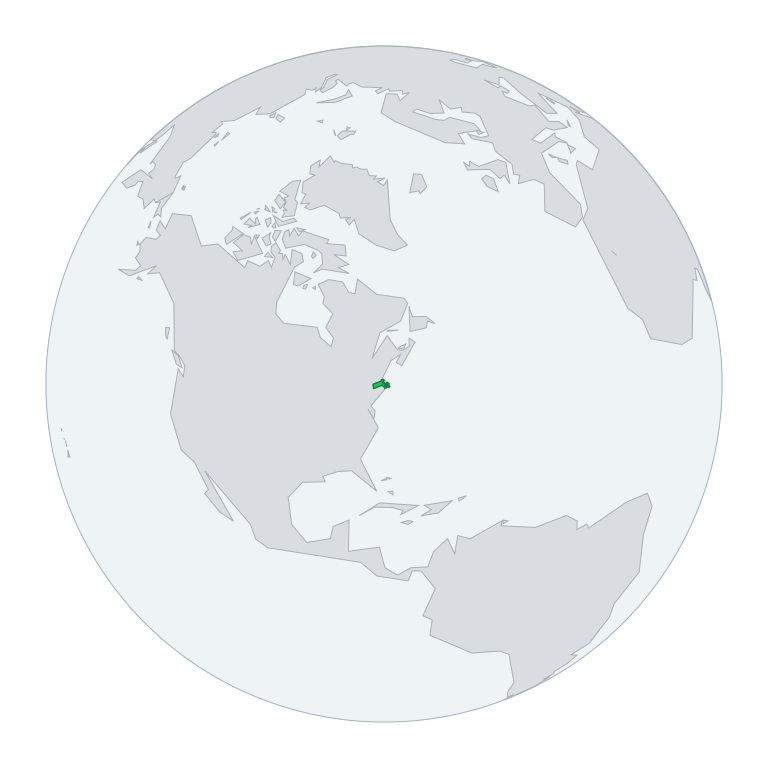 globe centered on Massachusetts, rotated 336°
{"feature_id": "USA-3513", "entity_name": "Massachusetts", "entity_type": "State", "adm_level": 1, "iso_a3": "USA", "parent_name": "United States of America", "parent_adm1": "", "projection": "orthographic", "projection_center": [-70.926, 42.063], "detail": "medium", "context": "on_globe", "style": "filled", "palette": "green", "viewbox_px": 768, "rotation_deg": 336, "n_neighbors": 0, "source": "natural_earth", "source_scale": "10m", "svg_char_len": 11512}
<svg xmlns="http://www.w3.org/2000/svg" viewBox="0 0 768 768"><g transform="rotate(336 384 384)"><circle cx="384" cy="384" r="338" fill="#eef3f6" stroke="#a8b0b8"/><path d="M368.3,721.6L371.1,721.6L364.9,721.3L376.2,720.3L369.4,720.5L371.5,715.8L381.4,709.6L388.2,681.8L381.0,674.9L355.0,665.6L323.8,632.3L332.1,619.1L325.3,611.5L347.6,591.7L341.8,569.9L333.9,566.2L326.0,573.7L299.3,556.4L290.2,537.5L211.3,486.4L203.8,473.7L204.8,457.7L185.0,390.6L190.6,448.1L181.6,433.6L175.7,411.1L180.7,408.9L179.0,378.1L171.9,362.0L176.9,324.4L202.3,286.3L203.6,295.8L209.5,286.3L208.3,274.0L206.0,268.4L224.8,225.0L224.3,191.1L213.0,187.2L224.3,183.4L195.2,181.5L187.8,171.1L203.1,179.0L209.9,177.1L208.3,167.6L215.1,163.6L218.1,157.0L226.3,153.4L234.6,159.2L240.1,157.3L238.6,150.8L245.9,143.7L247.2,153.4L260.0,142.3L276.3,151.8L273.2,183.6L289.1,188.5L304.1,221.1L309.6,215.9L318.7,226.1L328.5,224.3L328.5,231.6L336.2,224.0L334.4,217.7L337.2,212.4L342.7,211.0L343.7,219.8L341.1,221.8L344.3,223.7L342.4,228.9L346.4,225.5L347.0,236.9L354.7,223.8L362.0,231.4L360.1,239.5L349.6,240.9L319.0,265.9L313.8,275.9L317.1,287.9L346.0,305.0L344.8,315.7L350.9,328.5L356.6,321.2L353.8,308.7L365.8,299.0L360.9,285.6L365.0,280.0L364.4,266.2L376.1,266.2L387.8,274.0L389.0,285.8L394.2,289.8L402.5,277.4L413.7,299.1L436.9,313.6L438.5,319.9L424.8,333.3L401.1,335.5L383.3,356.0L406.6,341.0L410.3,358.4L415.8,360.9L422.4,359.4L425.6,352.3L429.3,358.3L407.7,374.5L404.0,369.3L410.9,363.9L399.7,365.5L385.2,377.9L388.2,386.5L363.1,398.6L364.9,405.1L360.5,411.9L359.2,400.4L361.0,421.7L331.9,443.1L333.8,479.2L319.2,450.1L306.2,445.2L290.5,443.4L290.4,449.3L269.7,440.7L250.4,448.6L242.5,474.7L249.0,497.3L272.1,503.5L279.5,493.5L296.7,494.2L283.5,522.4L313.5,531.2L310.1,552.2L318.7,564.1L333.9,562.8L349.6,568.9L361.0,557.4L379.2,551.0L379.5,568.0L389.7,552.4L399.8,560.4L436.2,557.0L433.4,561.2L464.0,576.6L497.1,578.3L504.8,587.7L500.8,595.5L512.3,594.5L512.4,598.8L557.6,590.5L580.2,590.9L579.2,604.6L559.7,627.2L540.6,659.6L505.1,678.2L495.2,688.5L466.1,704.3L444.7,707.4L450.0,710.2L437.4,713.9L423.3,715.7L420.3,717.7L409.8,718.6L416.3,719.0L399.0,721.3L402.9,721.4L368.3,721.6ZM65.7,322.2L68.2,315.8L67.3,323.0L65.7,322.2ZM69.4,309.9L68.6,312.5L69.2,309.9L69.4,309.9ZM69.6,306.7L69.5,309.1L69.4,307.0L69.6,306.7ZM69.6,303.1L69.7,304.8L69.6,303.1ZM331.7,490.8L366.0,509.0L346.2,510.2L350.0,507.4L341.4,500.2L325.2,492.6L307.9,494.2L331.7,490.8ZM70.5,295.9L70.9,293.9L71.3,294.9L70.5,295.9ZM347.7,472.7L341.7,471.0L347.6,471.3L347.7,472.7ZM203.9,266.7L207.5,274.3L206.2,287.2L202.4,281.2L203.9,266.7ZM207.5,243.5L211.1,245.4L204.1,254.7L204.2,250.7L207.5,243.5ZM203.3,185.8L205.0,190.7L201.1,187.4L203.3,185.8ZM217.1,156.8L214.5,156.8L217.2,153.5L217.1,156.8ZM358.0,267.2L361.1,266.8L359.6,269.6L358.0,267.2ZM354.8,261.9L350.8,265.5L348.7,263.6L351.2,261.3L354.8,261.9ZM232.2,145.1L237.4,140.2L233.5,146.1L232.2,145.1ZM360.1,258.0L345.4,259.6L341.8,256.2L348.2,245.2L360.1,258.0ZM241.3,138.0L253.7,126.7L248.9,125.4L269.4,123.3L252.1,133.1L248.1,140.5L246.4,136.9L241.3,138.0ZM331.4,216.4L333.6,223.0L326.6,218.9L331.4,216.4ZM326.2,215.2L300.6,211.7L300.1,201.8L308.8,204.7L304.0,193.5L316.3,190.2L321.7,195.7L319.6,202.6L325.9,196.2L326.2,215.2ZM278.7,124.3L282.9,122.8L280.0,125.6L278.7,124.3ZM337.7,210.0L332.6,210.0L331.8,201.3L341.9,199.8L338.9,203.0L337.7,210.0ZM296.7,192.4L297.9,186.0L308.2,181.5L310.0,178.5L316.5,189.3L296.7,192.4ZM341.9,204.3L347.0,199.4L352.5,202.3L342.7,209.5L341.9,204.3ZM327.3,199.7L327.4,195.6L330.7,197.4L327.3,199.7ZM374.7,210.9L368.6,210.5L367.7,205.8L374.7,210.9ZM348.6,197.4L346.7,196.4L345.6,194.7L350.0,192.3L348.6,197.4ZM323.3,185.7L327.4,185.3L321.2,181.0L328.6,177.8L331.7,185.8L333.5,181.1L335.8,180.1L335.7,187.8L323.3,185.7ZM351.3,184.7L357.7,194.4L369.2,195.9L370.4,199.9L351.6,197.0L351.3,184.7ZM342.1,185.8L348.1,185.9L346.5,190.6L341.5,193.4L342.1,185.8ZM332.6,173.0L320.4,175.7L320.2,174.0L332.6,173.0ZM355.0,184.1L353.3,181.8L356.0,183.6L355.0,184.1ZM339.8,175.2L335.6,176.3L335.4,174.3L339.8,175.2ZM353.7,176.5L355.7,179.5L352.4,181.4L353.7,176.5ZM347.6,175.2L348.4,172.1L350.0,180.3L345.7,176.0L347.6,175.2ZM340.4,173.1L338.9,172.3L342.2,173.0L340.4,173.1ZM365.2,168.1L367.9,177.9L360.5,181.9L358.9,171.7L365.2,168.1ZM634.6,157.3L634.4,157.1L640.3,163.9L641.3,164.9L661.4,191.0L678.8,218.9L671.3,212.4L667.3,207.0L666.9,206.7L666.3,206.1L673.3,216.2L669.2,213.8L682.3,225.9L687.0,234.4L696.7,255.9L704.9,278.1L711.5,300.8L716.5,324.0L719.9,347.4L721.7,371.0L721.8,394.6L720.2,418.2L717.0,441.6L716.4,429.2L717.0,407.0L715.0,404.5L712.1,416.8L708.8,413.9L706.3,420.1L684.1,467.6L672.2,469.1L646.0,451.1L646.4,430.1L637.5,414.1L632.5,315.0L641.5,306.6L648.9,261.7L651.6,258.5L661.6,273.1L675.9,257.5L667.6,239.7L669.8,222.1L664.3,205.7L643.1,180.9L652.1,207.2L642.9,203.0L627.1,174.1L617.7,152.9L613.8,150.6L610.8,157.6L599.4,147.1L608.7,159.9L611.7,158.9L617.6,167.2L615.1,168.8L611.2,164.7L611.4,170.3L630.0,189.3L635.2,190.4L641.4,211.2L650.5,215.2L655.5,224.2L641.9,220.9L636.2,215.7L618.6,220.7L625.2,227.8L642.2,224.0L641.0,227.9L650.0,238.9L642.2,233.6L621.8,237.2L621.3,258.2L636.6,299.9L633.0,312.6L622.8,318.4L601.2,291.7L611.7,266.6L604.1,258.0L588.3,255.6L592.9,248.5L587.7,244.9L590.3,235.7L580.6,217.1L581.2,207.8L564.4,195.8L562.4,189.7L573.0,198.3L580.6,199.8L580.6,178.6L576.8,173.1L565.8,167.3L567.2,162.7L556.6,159.9L550.2,147.0L549.1,160.8L536.3,155.7L525.4,145.9L520.9,147.1L538.7,163.2L546.0,167.6L552.5,167.1L572.2,182.8L575.0,191.3L553.7,185.3L555.3,197.3L538.0,188.4L500.6,148.4L491.6,135.0L504.1,119.8L513.7,124.4L514.0,131.8L525.7,128.1L519.0,126.8L520.1,123.4L508.1,118.6L508.4,116.1L496.5,116.3L495.4,112.7L503.0,112.6L484.3,103.6L478.6,96.1L474.2,95.4L471.2,96.8L466.0,87.1L463.0,87.1L463.6,90.2L458.0,92.4L446.2,92.8L445.1,89.4L449.2,88.7L456.0,82.8L467.2,82.4L465.5,81.1L455.6,80.8L447.2,87.9L440.4,89.2L443.0,85.0L441.5,86.6L437.8,86.3L433.0,82.9L429.5,87.3L389.9,90.8L376.7,85.6L383.5,80.9L354.6,82.4L342.0,78.1L342.5,80.8L329.1,84.4L332.8,85.7L332.1,87.3L299.2,99.2L290.6,100.0L277.1,109.8L277.4,111.4L283.0,111.2L269.4,123.3L248.9,125.4L249.3,121.5L236.3,126.1L239.1,117.1L235.3,112.4L246.0,101.0L242.1,98.9L237.4,101.1L228.6,100.5L226.7,93.2L248.9,89.3L255.8,102.1L254.8,95.6L261.2,94.5L264.6,90.7L263.4,86.8L259.4,87.9L289.0,71.3L298.3,61.7L282.7,66.8L273.4,68.5L270.3,66.0L277.7,63.2L301.1,56.4L325.0,51.3L349.1,47.9L373.5,46.2L397.9,46.4L422.2,48.2L446.3,51.9L470.1,57.2L493.5,64.3L516.3,73.0L538.4,83.4L559.6,95.3L580.0,108.7L599.4,123.6L617.6,139.8L634.6,157.3ZM646.0,355.3L648.9,360.8L646.0,355.3ZM615.6,140.9L604.9,129.3L596.2,124.5L591.4,119.9L590.2,120.3L595.6,124.3L590.8,124.7L581.3,116.8L575.7,114.5L579.0,118.4L597.2,133.1L604.3,132.1L612.5,139.1L615.6,140.9ZM437.3,556.7L441.7,559.5L435.9,560.2L437.3,556.7ZM343.3,517.6L350.6,518.5L354.4,521.5L348.8,522.1L343.3,517.6ZM405.4,518.5L413.8,519.6L405.0,521.6L405.4,518.5ZM371.4,511.2L398.6,518.3L381.3,523.9L364.2,519.5L376.1,518.1L371.4,511.2ZM344.0,483.8L348.5,485.5L347.1,488.9L344.0,483.8ZM352.0,473.0L350.2,473.2L348.0,470.1L352.0,473.0ZM411.5,357.4L413.4,356.3L420.1,356.3L416.9,359.4L411.5,357.4ZM450.0,339.4L455.1,349.5L449.2,344.1L445.8,349.9L429.2,346.6L438.5,323.0L437.2,334.0L450.0,339.4ZM409.6,336.6L419.1,340.7L408.3,337.2L409.6,336.6ZM556.7,236.2L562.0,234.6L567.5,240.8L566.6,254.7L558.6,245.6L556.7,236.2ZM568.2,231.0L547.3,222.4L547.0,214.1L550.7,220.0L552.6,215.4L559.1,223.9L579.2,225.3L585.4,231.1L580.4,252.3L578.7,241.9L573.6,243.8L568.2,231.0ZM494.4,221.7L485.4,219.7L496.5,204.0L503.6,207.8L503.3,221.3L494.5,224.9L494.4,221.7ZM374.3,238.9L370.1,240.5L369.8,237.9L373.2,234.4L374.3,238.9ZM372.0,211.1L392.3,229.7L388.5,232.3L404.9,241.2L401.4,251.6L390.9,245.4L400.5,260.5L389.6,259.1L397.2,268.8L374.1,253.8L364.7,253.8L376.6,249.7L380.1,240.0L378.7,235.8L368.0,224.1L349.4,219.9L350.0,210.3L355.2,204.6L359.8,204.1L358.0,210.4L365.3,205.2L366.2,214.0L372.0,211.1ZM416.8,153.5L412.9,159.3L427.7,153.8L428.7,161.2L430.4,160.1L435.4,165.6L444.3,170.6L443.2,174.1L447.2,174.6L450.6,178.6L455.6,180.6L455.4,187.7L461.6,190.9L457.9,192.6L468.7,196.3L460.6,196.8L464.2,202.5L470.1,199.0L456.5,236.3L457.1,252.7L461.9,266.6L447.4,266.6L433.6,254.2L422.2,236.7L423.8,221.3L416.9,224.6L415.7,218.3L421.6,218.4L411.7,214.7L412.2,209.7L402.1,196.4L387.4,195.0L383.4,190.4L389.4,188.5L381.1,185.4L389.7,178.9L386.9,175.7L392.6,166.4L405.8,165.2L401.7,161.7L405.9,155.0L416.8,153.5ZM367.2,165.5L382.7,161.5L390.8,163.9L377.5,179.2L378.8,183.0L370.5,193.7L358.8,190.3L362.3,187.5L362.9,184.0L366.3,186.4L364.0,181.9L368.7,178.0L368.2,173.6L373.4,173.4L367.2,165.5ZM648.1,249.3L649.0,246.0L648.9,239.8L654.6,246.9L648.1,249.3ZM634.6,252.0L634.5,247.9L642.4,254.2L641.5,258.0L634.6,252.0ZM627.6,240.7L633.8,247.2L629.9,245.9L627.6,240.7ZM572.1,194.6L571.1,190.5L573.7,191.2L577.3,194.9L572.1,194.6ZM461.1,141.5L457.5,143.8L455.6,142.5L444.0,143.3L442.3,138.3L448.7,135.9L461.1,141.5ZM648.5,188.6L654.1,196.8L653.2,197.5L651.5,194.5L648.5,188.6ZM657.5,222.8L658.7,217.2L659.0,224.8L657.5,222.8ZM457.3,136.2L452.8,137.0L454.8,134.1L457.3,136.2ZM440.5,134.8L441.7,131.2L440.8,137.8L440.5,134.8ZM436.6,99.6L454.6,103.6L466.4,104.3L471.4,100.7L472.1,107.9L453.9,106.9L436.6,99.6ZM395.8,92.0L391.6,95.9L388.3,93.8L388.8,92.6L395.8,92.0ZM396.9,94.7L401.4,100.5L395.7,102.5L393.3,97.4L396.9,94.7ZM430.1,116.8L435.5,118.2L433.8,120.4L430.1,116.8ZM254.7,71.8L255.5,71.8L241.2,78.0L237.7,79.5L241.7,77.5L254.7,71.8ZM251.6,73.7L258.6,70.9L275.2,68.9L275.1,70.2L254.9,73.9L260.5,71.6L258.9,71.3L251.6,73.7ZM281.4,121.2L282.7,122.6L279.1,122.7L281.4,121.2ZM334.5,88.0L332.8,90.2L328.7,89.9L334.5,88.0ZM326.0,96.6L331.9,95.2L326.2,98.0L326.0,96.6ZM344.9,92.3L334.5,95.4L343.8,90.5L344.9,92.3Z" fill="#d9dde1" stroke="#a8b0b8" stroke-width="1"/><path d="M382.8,386.3L383.2,385.6L382.9,386.0L382.6,386.1L382.2,385.7L382.2,385.0L382.0,384.9L382.0,384.3L376.0,384.1L375.8,384.2L372.8,383.9L372.7,383.7L373.9,379.8L382.3,380.2L382.8,379.9L383.1,379.6L384.0,379.1L384.5,379.2L384.5,379.5L384.3,379.5L384.5,379.6L384.7,380.1L384.4,379.9L384.5,380.1L384.8,380.4L384.7,380.4L384.7,380.5L385.1,380.6L385.1,380.4L385.3,380.3L385.4,380.6L384.2,381.2L384.1,381.4L384.3,381.3L384.0,381.6L384.1,381.8L383.8,381.8L383.9,382.3L383.5,382.2L383.6,382.4L383.5,382.6L383.8,382.7L383.9,382.9L384.3,382.8L384.1,382.5L384.8,383.0L385.5,384.3L385.3,384.3L385.2,384.0L385.1,384.3L384.9,384.4L385.2,384.6L385.7,384.7L385.7,385.5L386.1,385.8L386.9,385.9L386.6,386.0L386.9,386.0L388.1,385.4L388.0,384.9L387.9,384.7L387.8,385.0L387.6,384.1L387.3,384.0L387.2,384.3L387.0,384.0L387.1,383.9L387.8,384.1L388.4,385.3L388.2,385.3L388.2,385.5L388.4,385.6L388.3,386.3L387.3,386.4L386.9,386.7L386.9,386.4L386.4,386.6L386.2,386.5L386.0,386.9L385.2,387.2L385.2,386.9L385.2,386.2L385.3,385.9L385.2,386.0L384.9,385.9L384.9,386.2L384.3,386.6L384.4,386.8L384.1,386.5L384.0,387.0L383.5,387.3L383.4,387.2L383.5,387.1L383.4,386.9L383.1,387.2L383.1,386.4L382.8,386.3ZM385.5,387.7L385.8,387.8L385.9,388.1L385.0,388.2L384.7,388.5L384.4,388.2L384.6,388.2L385.4,387.5L385.6,387.5L385.5,387.7ZM387.9,387.9L388.0,388.0L388.3,388.6L388.2,388.8L387.5,388.8L386.9,388.4L387.7,388.5L388.0,388.2L387.8,388.4L387.9,388.0L387.9,387.9ZM384.4,387.6L385.1,387.3L384.6,387.6L384.4,387.6ZM385.9,387.9L386.1,387.7L386.1,388.1L385.9,387.9ZM388.2,386.4L388.3,386.5L388.0,387.0L388.2,386.5L388.2,386.4ZM384.0,387.7L384.3,387.7L383.9,387.8L384.0,387.7ZM384.5,388.8L384.5,388.7L384.5,388.8L384.5,388.8Z" fill="#22c55e" stroke="#15803d" stroke-width="1.5"/></g></svg>